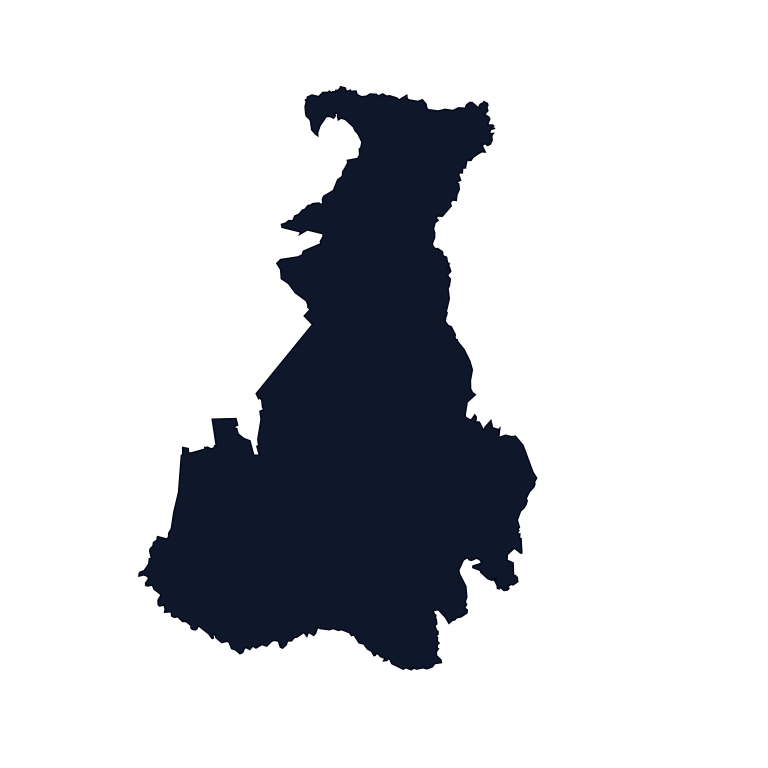 Tepexi de Rodríguez, Puebla, Mexico, rotated 196°
{"feature_id": "50627088B28882077740120", "entity_name": "Tepexi de Rodríguez", "entity_type": "district", "adm_level": 2, "iso_a3": "MEX", "parent_name": "Mexico", "parent_adm1": "Puebla", "projection": "natural_earth1", "projection_center": [-97.929, 18.474], "detail": "fine", "context": "isolated", "style": "filled", "palette": "ink", "viewbox_px": 768, "rotation_deg": 196, "n_neighbors": 0, "source": "geoboundaries", "source_scale": "gbopen_adm2", "svg_char_len": 6146}
<svg xmlns="http://www.w3.org/2000/svg" viewBox="0 0 768 768"><g transform="rotate(196 384 384)"><path d="M520.3,470.4L514.8,465.5L511.7,456.9L503.5,454.3L494.5,447.3L481.8,442.6L479.1,439.5L478.5,437.0L475.6,435.1L479.4,427.4L469.1,421.5L504.2,339.5L500.4,335.4L499.6,337.3L499.4,336.3L497.0,334.9L494.4,328.2L492.4,326.2L495.7,323.6L492.4,316.2L490.0,296.0L487.4,289.8L489.0,289.1L484.2,281.2L489.5,279.6L497.2,292.4L503.8,293.0L510.5,295.8L513.2,300.4L515.5,300.6L516.1,301.8L513.4,304.2L516.8,309.9L539.4,302.8L528.1,278.1L529.7,278.0L529.7,275.8L532.2,274.0L536.4,274.6L536.2,273.9L538.9,273.6L538.4,271.9L550.7,264.3L553.1,264.1L554.4,268.0L560.0,267.5L557.9,260.2L559.1,259.6L551.6,223.2L550.7,202.6L548.5,186.2L549.8,181.5L548.9,177.3L550.1,175.1L559.6,174.9L559.3,171.0L561.9,168.2L561.4,164.7L563.4,160.9L563.0,158.5L559.4,152.3L561.4,151.3L560.5,146.2L563.1,138.4L566.5,136.0L567.1,134.0L566.6,131.8L562.4,134.3L557.8,133.9L556.6,131.4L558.3,127.1L557.6,124.8L555.4,124.7L551.2,127.0L548.5,123.3L540.9,120.4L540.3,118.9L541.6,113.8L540.2,109.7L538.7,108.7L534.5,110.9L532.4,107.6L532.0,104.2L525.7,106.4L524.1,102.4L521.1,101.9L518.2,103.5L512.3,100.2L508.9,101.2L502.8,98.6L502.3,96.2L500.6,95.4L497.6,95.6L496.4,97.0L495.9,100.0L495.0,100.2L483.6,95.5L479.1,92.0L478.0,92.6L479.2,95.6L478.9,96.8L477.5,96.5L475.5,93.8L468.6,90.7L464.6,93.1L462.1,93.4L457.5,87.6L453.1,87.4L448.1,85.0L445.8,87.0L445.4,90.9L444.2,92.7L439.9,91.8L437.8,96.0L434.3,94.9L429.5,100.0L424.5,99.7L421.0,105.9L418.6,107.4L414.6,107.7L411.1,102.5L408.7,102.1L406.1,106.3L405.9,110.4L402.1,111.6L400.2,115.8L397.8,116.8L392.6,123.2L388.6,120.2L388.2,124.6L382.3,123.0L381.1,125.6L380.8,131.8L378.2,131.3L368.6,132.8L365.4,135.0L360.0,134.6L357.0,136.2L348.4,135.4L346.0,133.2L344.1,134.3L342.9,133.8L336.6,128.3L331.8,128.5L326.9,124.7L322.4,123.7L318.7,120.1L317.5,120.8L318.0,122.6L314.6,122.7L312.2,120.9L307.4,120.6L308.1,117.8L305.1,119.0L304.2,120.9L302.5,121.0L299.5,117.4L286.9,115.2L284.8,117.3L279.1,116.8L276.9,119.3L274.1,118.9L268.3,122.0L264.4,122.0L259.6,125.4L258.1,129.3L252.0,132.0L253.3,134.5L258.6,137.3L259.9,141.1L258.8,144.4L260.0,144.3L260.8,148.2L259.6,150.0L262.1,151.9L262.6,154.9L263.9,155.8L264.1,157.5L263.1,158.2L263.8,160.9L265.9,162.1L268.6,165.8L267.1,167.8L268.9,172.2L269.8,172.4L270.5,176.1L272.1,176.5L274.2,179.7L269.6,182.1L260.3,176.4L255.6,171.8L253.4,175.3L250.8,177.0L249.9,179.2L245.7,181.4L241.1,186.9L241.7,189.7L244.9,191.0L243.8,194.7L245.9,197.0L245.7,202.0L249.6,212.1L258.9,222.0L260.8,225.5L259.2,236.6L257.3,238.8L255.5,240.1L253.9,238.5L251.3,238.6L246.9,242.2L243.0,241.3L241.1,239.1L241.3,238.2L248.3,233.6L248.0,232.0L239.8,231.3L239.1,229.7L230.3,225.4L226.4,225.1L226.0,226.5L223.9,225.4L224.0,227.9L222.4,227.8L222.6,224.9L219.2,220.7L218.7,218.8L216.8,218.9L217.5,220.5L216.5,220.6L211.7,218.6L208.6,219.9L207.5,222.0L210.3,223.7L208.6,224.1L206.8,226.4L204.5,226.5L200.9,230.9L202.8,235.0L204.2,234.9L204.7,236.1L205.6,235.3L207.0,236.6L210.6,247.6L217.2,248.5L218.4,254.1L213.4,262.2L206.0,259.1L204.9,259.6L209.7,273.2L211.4,273.4L212.1,277.3L213.6,276.7L214.8,278.2L213.9,280.2L215.4,281.8L214.3,283.5L218.4,290.0L217.7,299.5L215.2,303.6L214.2,307.4L214.2,311.3L215.8,313.3L214.5,320.5L211.5,326.4L211.3,329.0L212.3,331.8L211.3,335.6L216.5,340.3L233.4,363.3L243.4,370.1L246.6,368.5L252.9,368.3L259.0,364.0L260.5,373.3L261.3,371.7L267.6,371.9L271.1,378.3L274.9,370.5L274.9,367.4L275.8,367.3L281.8,373.6L283.3,373.5L284.2,372.2L285.2,372.7L286.3,377.8L288.3,379.3L289.6,374.8L291.1,373.2L296.5,374.5L297.5,376.7L299.1,389.4L293.3,398.9L296.6,400.2L299.4,403.1L301.9,411.1L303.0,422.0L307.7,429.5L316.5,439.2L324.6,444.8L325.8,446.7L327.2,446.6L328.7,448.2L329.1,451.1L335.1,457.5L338.6,458.0L342.7,461.2L342.7,463.6L343.6,464.9L342.8,466.1L343.0,470.0L344.9,471.4L344.2,472.6L344.8,484.0L348.8,493.5L348.3,496.4L349.1,503.2L352.4,505.4L352.8,506.6L350.9,510.6L353.4,514.5L354.9,513.7L354.3,517.6L356.6,518.4L358.8,523.1L362.7,523.5L364.2,527.2L369.7,529.0L371.4,528.0L374.8,529.8L376.3,532.3L375.7,538.5L377.1,543.7L379.2,546.7L379.4,553.1L377.1,556.2L379.7,558.0L378.8,560.3L374.2,561.3L368.5,573.7L370.4,576.9L368.7,579.8L365.1,580.3L366.1,585.9L365.3,592.0L367.4,597.0L370.2,597.9L366.5,601.0L370.2,606.2L369.3,608.1L366.9,608.5L367.9,613.3L365.3,614.1L366.0,621.9L362.0,622.9L361.0,626.2L357.1,631.1L354.0,634.2L350.6,634.9L355.1,639.8L354.8,641.5L352.9,642.9L350.2,641.8L348.0,643.7L347.2,647.9L348.9,652.5L348.0,655.0L351.0,653.9L351.8,655.1L351.6,658.1L347.7,660.4L351.2,659.6L349.7,662.3L351.1,662.9L355.3,661.6L355.9,663.6L355.3,667.7L356.8,669.5L361.7,670.9L359.5,675.3L361.5,678.5L360.9,680.4L361.9,682.2L365.8,683.0L366.3,681.3L368.6,679.5L369.2,676.4L370.3,675.8L376.6,678.8L379.0,678.4L381.6,675.1L381.8,671.9L382.7,671.3L388.5,670.0L393.2,665.8L400.8,664.9L407.2,661.3L417.2,659.9L418.9,660.9L420.8,664.7L425.5,667.8L429.2,665.0L439.0,663.9L440.7,665.2L441.7,667.8L447.8,661.2L450.8,662.5L458.0,662.6L461.0,661.4L465.2,662.5L469.2,659.0L471.1,660.4L477.3,658.9L480.2,655.8L484.7,653.9L489.5,654.7L491.7,657.9L496.3,656.2L497.4,657.2L500.7,654.8L502.8,657.9L507.7,657.8L508.0,655.6L509.6,653.1L511.2,653.1L511.3,651.3L513.7,650.9L515.0,649.5L517.3,650.5L517.9,649.0L523.2,647.4L525.9,642.3L532.9,641.9L536.7,638.8L536.4,637.0L537.8,635.2L536.5,633.8L536.3,628.9L533.8,622.3L532.6,620.2L528.3,617.9L526.8,616.0L523.7,608.6L519.2,605.6L516.1,604.4L517.1,607.2L516.7,614.7L513.2,625.3L509.4,626.3L505.7,625.6L504.7,628.5L506.4,630.5L502.8,631.4L502.6,628.9L500.8,625.3L498.5,627.8L494.1,627.7L484.4,622.8L481.7,619.6L478.0,617.3L471.9,610.5L471.4,604.8L472.5,603.0L470.5,597.5L471.5,593.5L480.8,588.9L479.8,586.3L482.1,576.5L481.3,572.0L484.8,567.6L486.0,556.0L493.8,547.8L494.1,544.4L492.5,540.8L493.9,539.3L496.6,540.0L502.3,537.7L504.0,535.6L506.3,534.6L508.3,529.9L510.4,528.6L512.5,523.8L516.1,520.9L516.6,515.8L520.6,514.8L522.9,511.5L526.6,509.2L525.2,506.5L506.0,507.2L506.3,504.6L500.2,511.0L484.6,511.6L483.8,511.4L483.3,508.5L484.5,503.5L483.3,501.6L498.2,489.3L498.2,485.7L501.6,482.5L517.7,475.1L520.3,470.4Z" fill="#0f172a" stroke="#020617" stroke-width="1.5"/></g></svg>